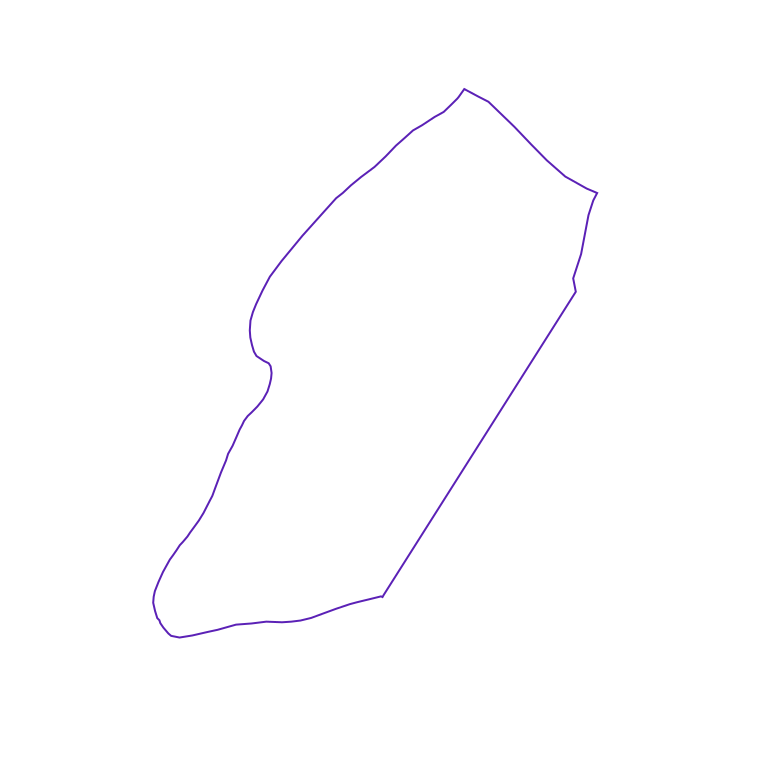 the district of Joyeux, Vieux Fort, Saint Lucia, rotated 198°
{"feature_id": "8701671B17958091241974", "entity_name": "Joyeux", "entity_type": "district", "adm_level": 2, "iso_a3": "LCA", "parent_name": "Saint Lucia", "parent_adm1": "Vieux Fort", "projection": "mercator", "projection_center": [-60.96, 13.783], "detail": "fine", "context": "isolated", "style": "outline", "palette": "violet", "viewbox_px": 768, "rotation_deg": 198, "n_neighbors": 0, "source": "geoboundaries", "source_scale": "gbopen_adm2", "svg_char_len": 1475}
<svg xmlns="http://www.w3.org/2000/svg" viewBox="0 0 768 768"><g transform="rotate(198 384 384)"><path d="M240.3,631.5L251.6,632.5L275.7,637.3L298.2,647.0L318.2,657.4L339.5,668.9L371.9,684.7L383.1,686.5L398.8,689.3L401.7,680.0L402.5,678.0L406.1,671.0L411.3,661.2L418.4,653.6L427.9,641.7L434.8,634.1L440.2,624.7L446.3,614.4L452.8,600.9L460.1,587.5L469.9,573.6L476.8,562.8L482.2,553.0L486.9,546.0L494.2,529.6L507.4,499.8L519.5,469.1L525.7,450.8L528.4,435.4L530.3,420.4L530.9,411.9L530.6,403.1L528.2,393.5L525.5,386.9L521.6,380.3L517.7,374.6L513.9,371.2L505.3,368.8L500.1,368.1L497.3,365.8L494.3,359.7L493.1,354.3L492.6,348.6L492.5,340.9L494.2,332.0L497.5,323.4L501.1,316.2L503.7,311.5L505.7,305.6L506.3,300.8L507.2,296.1L508.0,287.6L508.9,278.5L510.7,269.4L510.6,262.5L511.7,249.4L512.4,232.7L512.5,229.9L512.7,224.5L513.6,219.3L514.5,213.7L515.8,205.6L517.9,196.9L520.4,189.2L522.5,182.9L523.8,178.2L526.6,171.4L528.4,167.6L529.9,162.0L531.8,155.7L533.4,150.9L536.1,137.0L537.3,126.0L537.9,116.2L537.3,110.5L535.9,104.6L531.6,97.4L527.3,91.3L524.6,89.9L522.8,87.4L518.5,84.1L512.0,80.1L508.6,78.7L500.1,79.7L488.6,85.6L474.9,93.8L466.3,98.8L457.3,104.8L450.4,109.4L436.0,115.3L422.5,121.6L407.3,125.9L398.8,129.3L390.4,133.2L381.0,139.0L370.2,147.5L360.0,155.5L348.4,164.1L342.4,168.0L336.4,171.7L332.0,174.4L321.2,181.1L319.6,180.9L319.1,183.3L230.1,531.0L236.7,542.9L236.7,568.5L241.7,607.8L241.7,623.2L240.3,631.5Z" fill="none" stroke="#5b21b6" stroke-width="2"/></g></svg>